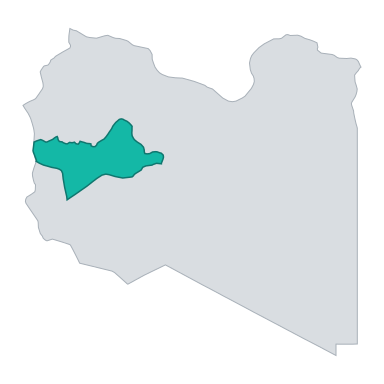 Ash Shati' highlighted on a map of Libya
{"feature_id": "LBY-2967", "entity_name": "Ash Shati'", "entity_type": "Municipality", "adm_level": 1, "iso_a3": "LBY", "parent_name": "Libya", "parent_adm1": "", "projection": "mercator", "projection_center": [12.752, 27.893], "detail": "fine", "context": "in_parent", "style": "filled", "palette": "teal", "viewbox_px": 384, "rotation_deg": 0, "n_neighbors": 0, "source": "natural_earth", "source_scale": "10m", "svg_char_len": 4582}
<svg xmlns="http://www.w3.org/2000/svg" viewBox="0 0 384 384"><path d="M27.5,102.6L30.0,101.3L33.6,99.8L35.5,98.7L36.3,97.7L39.0,93.9L40.4,91.8L42.4,88.9L43.2,86.8L43.2,85.0L42.9,82.7L41.4,77.2L40.2,71.9L41.2,69.9L41.9,68.9L43.6,66.4L44.3,65.9L47.9,65.1L49.4,63.4L50.5,61.3L50.7,60.2L52.3,59.1L54.2,57.9L55.4,56.4L59.2,54.1L62.7,52.0L66.7,49.8L69.9,48.0L70.5,46.5L70.5,45.2L68.8,42.2L68.8,38.7L68.9,35.8L69.1,34.0L69.8,29.2L69.9,28.5L73.1,30.1L76.4,30.8L86.4,36.8L89.5,37.5L96.5,38.2L104.7,35.8L107.8,35.3L113.2,37.6L115.6,38.3L119.6,38.5L126.4,40.5L128.1,41.3L132.1,44.6L134.0,45.6L148.2,48.6L150.1,50.6L152.1,54.4L152.2,59.2L153.3,62.6L155.0,67.1L157.1,70.2L159.5,72.8L162.2,74.5L168.4,76.9L175.4,77.8L182.4,78.1L194.5,81.5L204.8,85.3L207.3,87.2L212.5,89.0L222.7,98.0L228.4,101.1L232.4,101.7L236.0,101.1L242.3,98.0L245.0,96.2L251.4,88.4L253.5,84.4L254.3,81.5L254.1,78.6L253.3,76.0L251.5,73.2L250.3,69.6L249.5,63.0L250.5,58.5L251.7,55.7L253.7,53.0L259.0,47.6L264.3,43.8L273.7,38.9L279.2,38.8L281.5,38.3L286.0,34.8L287.8,34.6L290.3,35.5L297.7,35.2L301.0,36.2L304.9,38.4L309.8,39.8L313.3,41.1L317.0,42.8L317.9,47.2L317.4,48.4L317.4,50.1L321.2,53.1L332.1,54.5L334.2,55.3L337.2,57.5L339.2,58.2L346.7,58.5L351.0,58.1L355.2,58.9L356.7,59.6L358.3,61.4L360.2,65.7L361.0,67.1L360.1,67.8L359.0,69.3L358.2,70.7L356.3,72.8L354.6,75.1L354.8,78.5L355.1,82.0L356.2,85.3L357.2,89.0L356.9,91.5L356.1,94.5L355.1,96.9L351.9,102.1L351.4,103.3L351.6,105.0L353.6,111.0L353.7,112.9L354.9,118.8L356.0,123.6L357.1,127.3L357.3,128.3L357.3,133.8L357.3,139.3L357.3,144.7L357.3,150.2L357.3,155.6L357.3,161.0L357.3,166.4L357.3,171.8L357.3,177.2L357.3,182.6L357.3,188.0L357.3,193.3L357.3,198.7L357.3,204.0L357.3,209.3L357.3,214.7L357.3,220.0L357.3,225.3L357.3,230.5L357.3,235.8L357.3,241.1L357.3,246.4L357.3,251.6L357.3,256.8L357.3,262.1L357.3,267.3L357.3,272.5L357.3,277.7L357.3,282.9L357.3,288.1L357.3,293.3L357.3,298.4L357.3,309.9L357.3,321.3L357.3,332.7L357.3,344.0L357.2,344.0L351.8,344.2L346.5,344.2L341.3,344.2L336.0,344.1L336.0,347.0L336.0,349.8L336.0,352.6L336.0,355.5L325.8,350.1L315.6,344.7L305.3,339.4L295.1,334.0L284.9,328.6L274.7,323.2L264.5,317.8L254.2,312.4L244.0,306.9L233.8,301.5L223.6,296.1L213.4,290.6L203.1,285.2L192.9,279.7L182.7,274.2L172.5,268.7L165.4,264.9L157.8,268.6L151.8,271.5L144.0,275.3L134.9,280.3L128.0,284.1L127.7,284.1L127.4,284.0L120.2,277.5L114.5,272.5L112.0,271.1L101.4,268.5L90.8,265.9L79.7,263.2L77.7,259.1L75.4,254.5L72.4,248.7L70.5,245.2L69.9,244.6L61.4,241.8L52.4,239.1L47.1,240.8L46.2,240.6L44.7,239.6L43.2,238.2L42.4,236.2L40.3,233.5L38.4,227.4L38.2,222.5L37.8,220.7L33.1,213.8L28.8,207.5L26.0,203.3L25.4,201.4L25.8,199.1L26.9,197.0L31.0,194.5L34.8,191.8L35.3,189.9L35.5,184.7L34.3,183.1L33.4,180.0L32.5,175.8L32.4,173.1L34.0,167.8L36.0,162.2L34.7,156.0L33.8,143.5L34.4,133.6L33.9,130.0L33.6,128.4L32.3,123.7L30.8,118.9L30.1,117.2L28.1,113.3L24.8,108.4L23.0,105.4L25.4,103.8L27.5,102.6Z" fill="#d9dde1" stroke="#a8b0b8" stroke-width="1"/><path d="M36.3,161.4L36.4,161.2L36.4,160.2L33.3,152.0L33.0,150.6L34.1,142.0L35.0,141.7L36.1,141.1L37.8,140.5L39.7,139.9L40.7,139.6L42.7,140.4L45.8,142.1L47.2,141.9L49.0,141.0L50.9,140.2L52.8,139.3L54.0,138.3L54.4,138.0L55.9,137.0L57.2,136.5L57.8,137.9L58.1,139.7L59.4,141.5L62.2,141.9L63.2,142.7L66.0,143.8L67.4,143.8L68.8,142.9L69.6,142.4L71.6,142.7L72.4,142.7L74.5,142.2L75.9,143.7L78.2,144.2L79.0,143.2L79.4,142.7L80.1,141.3L82.8,142.1L83.8,142.3L86.4,143.3L87.9,143.5L89.6,143.6L90.9,143.9L91.1,145.8L93.0,146.7L95.1,146.6L96.6,145.1L97.3,143.4L98.5,142.3L99.8,141.5L101.6,140.4L104.0,139.1L106.2,136.6L108.2,133.8L109.4,131.9L110.7,130.1L111.8,128.4L112.8,126.2L114.5,124.0L115.8,122.4L117.0,121.4L119.3,119.4L121.2,118.9L122.9,119.2L124.2,120.0L127.0,121.3L129.2,123.0L131.0,124.9L132.1,126.3L132.0,127.6L132.0,130.1L131.8,133.0L132.1,135.7L133.1,137.7L134.3,139.6L135.6,140.7L137.2,142.0L141.0,144.4L143.5,147.2L144.2,149.9L144.3,151.8L144.8,153.5L147.0,153.9L149.7,153.6L152.5,152.0L155.2,151.7L157.0,151.8L159.8,152.8L161.3,153.2L163.2,155.1L163.5,157.1L163.0,159.1L162.1,161.4L161.4,163.2L161.4,163.8L156.5,163.3L153.3,164.4L152.0,165.1L148.1,165.6L145.9,165.9L142.7,167.3L141.2,170.0L138.5,171.7L136.3,173.0L134.3,174.4L133.4,175.8L132.1,176.9L129.8,177.2L122.7,178.0L115.1,176.5L109.2,174.7L105.8,174.1L102.0,175.1L96.9,178.4L92.7,181.6L87.0,186.1L80.7,190.5L75.0,194.5L69.9,197.9L67.1,199.8L66.7,196.4L66.0,193.3L64.6,187.1L63.8,182.2L63.2,178.9L62.6,173.3L61.4,170.6L59.5,169.3L56.8,168.3L51.8,167.4L47.7,166.2L43.6,165.1L39.4,163.2L36.4,161.4L36.3,161.4Z" fill="#14b8a6" stroke="#0f766e" stroke-width="1.5"/></svg>